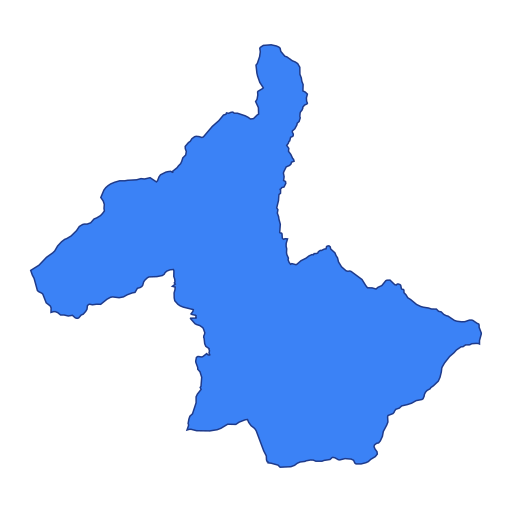 San Gil, Santander, Colombia
{"feature_id": "7082276B87231818219004", "entity_name": "San Gil", "entity_type": "district", "adm_level": 2, "iso_a3": "COL", "parent_name": "Colombia", "parent_adm1": "Santander", "projection": "mercator", "projection_center": [-73.117, 6.565], "detail": "fine", "context": "isolated", "style": "filled", "palette": "blue", "viewbox_px": 512, "rotation_deg": 0, "n_neighbors": 0, "source": "geoboundaries", "source_scale": "gbopen_adm2", "svg_char_len": 6035}
<svg xmlns="http://www.w3.org/2000/svg" viewBox="0 0 512 512"><path d="M30.7,270.4L32.3,275.0L34.1,278.4L37.4,290.5L38.6,291.6L41.8,293.2L42.8,294.1L46.2,302.8L50.3,306.0L51.1,307.9L51.0,312.4L53.3,311.7L55.2,311.6L57.7,312.6L60.6,315.0L64.1,315.0L68.3,316.0L72.4,315.3L75.1,317.7L76.2,318.2L77.7,318.3L78.7,317.9L81.2,315.0L83.2,314.2L85.7,311.4L87.0,309.2L87.4,305.7L88.6,304.5L89.7,304.2L92.4,304.8L96.6,304.2L100.7,304.3L107.0,299.2L110.5,297.3L112.6,296.9L119.1,297.7L123.4,296.9L127.4,294.7L132.3,292.9L135.0,292.4L137.4,288.3L140.2,287.5L141.8,286.5L142.7,285.3L143.7,281.8L145.0,280.0L147.5,277.7L149.1,276.9L157.0,276.6L162.4,275.5L164.3,274.1L165.0,272.7L166.8,271.1L170.0,269.8L173.4,269.5L173.9,270.8L173.8,276.4L174.7,279.1L175.0,281.9L174.3,282.9L175.3,284.1L172.4,286.3L175.2,287.1L175.0,289.6L174.1,292.9L174.2,297.9L174.8,300.8L177.9,304.3L180.1,305.8L183.2,307.1L193.3,309.6L192.9,311.4L191.0,313.9L192.0,314.5L195.6,315.3L196.1,315.8L195.8,317.2L196.2,317.6L196.0,318.1L190.6,318.2L190.5,318.6L195.0,323.7L196.5,324.5L199.9,325.6L202.8,327.7L203.5,329.0L204.8,332.7L204.5,334.4L203.8,335.9L203.7,337.4L204.1,338.4L204.7,343.7L205.8,346.3L209.1,348.6L209.0,349.6L209.5,350.8L209.0,352.9L209.8,354.7L209.7,355.0L208.8,355.1L207.6,354.6L206.7,353.6L202.7,356.7L201.2,357.0L198.8,356.5L197.5,356.6L196.4,357.5L195.7,361.2L195.9,362.5L197.7,367.4L197.8,369.3L200.0,371.8L201.7,377.3L201.0,386.3L200.2,387.4L201.1,389.4L197.4,394.1L196.1,396.8L196.1,402.8L192.5,413.8L189.9,416.2L188.9,419.1L188.1,423.5L188.5,424.4L188.5,425.7L187.0,430.0L189.4,429.3L191.1,429.3L196.6,430.7L209.8,430.9L217.2,429.7L220.9,428.3L227.7,424.2L235.8,424.4L239.2,422.1L245.1,419.8L247.5,419.5L248.7,422.4L251.1,425.7L254.0,427.9L255.3,429.3L256.3,431.0L263.7,450.8L266.3,455.9L266.5,459.9L267.2,461.7L268.0,461.9L268.0,462.8L268.5,462.9L271.1,463.2L278.0,465.1L280.1,467.2L290.9,466.7L294.6,465.3L297.2,463.3L300.1,462.0L304.9,461.4L306.1,460.8L310.5,460.0L313.3,460.1L315.8,461.2L322.0,461.2L324.1,460.4L330.0,459.5L332.3,457.4L333.0,457.4L335.0,457.8L338.3,459.7L339.8,459.9L345.0,458.6L351.2,459.1L353.6,460.3L354.8,463.0L356.0,463.9L361.2,463.9L365.9,462.7L368.3,461.6L370.8,459.3L375.3,456.6L377.3,454.1L377.0,451.7L375.0,449.0L374.0,446.7L374.5,444.9L376.6,443.3L378.6,442.9L380.3,440.9L382.4,436.4L383.3,431.5L386.7,425.1L387.9,422.0L387.6,416.8L388.0,415.5L392.9,413.6L394.0,412.4L394.6,411.0L395.8,409.3L399.3,408.1L401.7,405.9L407.3,404.6L411.6,403.2L416.2,400.6L421.9,399.5L423.0,398.8L424.1,396.3L424.4,394.4L425.5,392.2L427.0,390.5L430.2,388.7L430.8,387.6L433.4,385.8L438.3,381.1L440.0,377.3L441.3,372.0L441.8,367.9L442.3,366.8L444.5,363.0L449.6,356.5L454.0,352.7L456.4,350.0L461.1,346.8L463.0,346.7L465.6,344.9L469.7,344.8L471.8,343.7L476.1,343.4L478.4,343.5L479.5,344.0L479.5,340.5L481.2,334.3L481.3,333.1L479.1,327.3L479.1,325.0L478.7,324.0L477.2,323.4L473.0,320.5L471.9,320.1L469.4,320.1L464.8,321.7L461.6,321.8L456.8,321.2L454.4,320.4L448.0,316.1L446.2,315.7L443.7,314.4L441.2,311.9L438.6,311.3L436.4,309.1L431.5,309.0L428.5,308.0L423.3,307.2L420.8,306.5L416.6,304.5L410.7,299.6L407.7,297.7L406.0,294.8L404.0,292.7L403.9,290.2L403.5,289.5L402.0,289.3L401.4,288.6L400.7,285.3L400.0,284.6L398.4,284.0L397.3,284.0L396.3,285.0L394.8,284.7L390.0,280.1L386.9,280.2L385.8,280.7L381.8,285.6L378.0,287.3L376.0,289.0L372.1,287.9L367.5,287.8L365.7,285.5L362.0,279.5L351.2,271.5L349.8,271.0L347.9,271.3L346.1,270.8L341.5,266.8L338.5,261.9L337.5,257.8L336.1,255.7L334.9,252.8L330.7,249.0L330.2,246.8L328.9,245.8L327.2,246.1L326.5,246.7L326.1,248.8L324.2,249.1L321.4,250.5L320.3,250.4L318.4,251.7L317.8,253.0L316.6,253.5L314.1,253.6L313.4,254.7L311.9,254.6L309.0,255.9L306.0,258.2L301.0,260.7L297.0,264.2L296.0,264.7L291.8,263.6L290.6,264.3L289.1,262.4L288.1,259.9L288.4,258.1L286.8,254.5L286.5,252.6L286.7,248.8L286.1,246.2L286.2,243.3L287.5,238.9L285.1,238.7L283.6,239.3L282.9,238.8L282.3,238.1L282.0,233.8L281.5,233.1L280.3,233.0L279.7,232.4L280.3,224.3L278.9,219.0L278.6,216.7L277.3,213.1L277.9,209.7L276.7,207.9L278.5,200.5L278.9,195.0L279.2,194.3L280.5,193.3L280.6,190.5L280.1,189.3L281.0,188.8L281.7,187.6L284.0,187.0L285.8,183.4L285.5,181.5L283.6,180.5L284.1,176.7L283.4,173.1L283.8,171.7L286.2,166.9L289.6,165.4L291.0,164.0L291.5,162.2L294.1,161.2L293.5,159.2L292.7,158.5L290.9,154.6L288.5,151.3L288.8,148.4L286.7,145.4L288.3,143.3L288.9,141.5L289.7,140.9L290.6,137.3L292.8,136.3L293.2,135.5L293.3,134.1L292.3,132.1L292.4,130.9L294.8,128.8L296.9,124.9L297.2,123.2L299.1,121.5L300.2,117.9L299.8,116.3L300.1,113.0L300.6,111.8L302.0,110.1L302.8,108.2L302.7,107.3L304.5,105.1L307.0,103.9L307.4,103.2L306.6,101.2L306.4,97.9L307.4,94.1L305.3,92.1L302.9,90.9L303.1,84.6L301.8,81.2L301.3,77.9L299.9,74.3L299.8,67.3L297.7,63.6L295.3,62.0L292.2,60.7L286.9,56.9L284.8,56.2L280.8,51.4L280.1,48.2L278.9,47.1L276.5,46.0L271.2,44.8L263.3,45.4L260.3,47.4L259.8,48.3L260.3,51.8L259.6,56.7L257.3,63.5L256.0,65.1L256.9,73.1L257.6,76.1L259.8,82.4L263.3,87.8L262.7,88.5L258.0,91.3L257.6,92.0L257.8,95.0L257.2,98.5L256.9,99.6L255.6,101.5L258.4,107.6L258.6,114.1L257.2,115.0L253.5,118.6L250.5,119.0L248.1,117.3L245.2,115.8L237.4,113.2L234.3,113.2L232.8,112.1L231.0,112.3L228.7,113.3L226.5,112.9L225.9,114.3L223.5,115.0L218.8,120.7L212.3,126.4L203.4,136.9L201.9,137.5L199.1,136.6L196.2,136.3L194.6,136.7L191.9,138.7L190.2,141.4L188.5,142.5L185.2,146.4L185.3,148.7L186.3,151.5L185.7,155.0L182.8,157.9L181.7,161.4L180.6,163.7L178.5,165.8L177.1,167.7L172.6,171.3L172.8,172.1L172.4,172.3L170.7,171.3L168.1,171.6L165.9,172.1L160.5,174.8L159.0,176.9L157.5,180.8L156.4,181.9L150.1,177.7L144.5,179.0L141.0,178.6L136.6,179.8L127.6,180.3L124.7,180.8L119.6,180.8L114.5,182.3L110.7,183.9L108.1,185.6L105.8,187.6L103.9,190.1L100.8,197.5L103.2,201.0L104.3,204.4L104.0,208.4L104.4,211.0L102.4,213.6L100.5,215.6L96.7,217.9L94.0,219.0L90.7,222.8L87.1,224.1L84.2,224.1L82.6,224.5L79.3,226.5L76.5,230.7L71.1,236.0L66.7,238.6L64.6,239.4L61.5,241.8L57.6,246.0L54.7,251.0L52.7,252.9L46.5,257.3L39.0,265.2L30.7,270.4Z" fill="#3b82f6" stroke="#1e3a8a" stroke-width="1.5"/></svg>